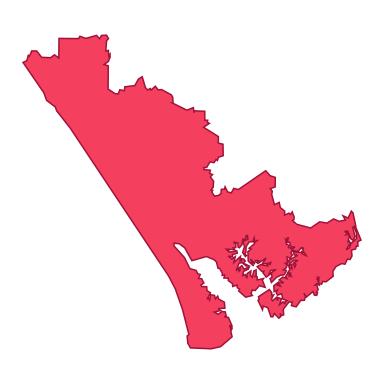 Kaipara District, Northland, New Zealand
{"feature_id": "76426892B63494088345666", "entity_name": "Kaipara District", "entity_type": "district", "adm_level": 2, "iso_a3": "NZL", "parent_name": "New Zealand", "parent_adm1": "Northland", "projection": "equal_earth", "projection_center": [174.219, -35.995], "detail": "fine", "context": "isolated", "style": "filled", "palette": "rose", "viewbox_px": 384, "rotation_deg": 0, "n_neighbors": 0, "source": "geoboundaries", "source_scale": "gbopen_adm2", "svg_char_len": 6050}
<svg xmlns="http://www.w3.org/2000/svg" viewBox="0 0 384 384"><path d="M23.0,62.4L43.8,92.7L46.6,100.4L55.3,107.0L56.7,110.9L70.0,127.8L168.6,276.0L175.4,289.1L182.5,309.5L188.9,334.5L187.1,336.0L187.8,343.2L190.4,347.9L211.2,348.8L220.5,346.7L232.1,336.8L230.8,331.1L232.1,328.5L231.8,326.3L230.6,326.4L231.6,328.0L230.9,329.4L229.8,325.8L231.9,325.6L228.4,317.4L224.3,316.7L226.2,316.1L225.3,311.9L222.0,311.5L218.1,314.3L214.4,312.1L220.5,310.5L219.0,309.6L218.8,308.6L224.9,308.2L224.4,302.2L218.7,299.1L217.7,296.1L215.4,298.8L214.5,295.3L210.7,294.8L209.6,300.1L208.5,298.0L207.0,299.2L210.5,292.8L207.0,290.6L206.7,286.7L201.7,286.6L200.9,285.1L203.9,283.0L201.6,278.7L198.5,278.5L200.3,274.5L197.8,273.8L196.1,270.4L189.9,268.6L184.5,257.6L173.9,245.8L174.1,243.2L179.3,243.8L184.7,247.8L191.9,260.7L206.4,256.5L214.1,259.7L216.5,262.1L218.0,268.3L219.6,268.4L222.3,273.1L222.2,275.4L224.7,275.1L223.9,278.0L228.3,278.2L228.3,280.6L232.4,283.6L232.8,286.5L237.1,285.1L237.3,287.8L239.6,289.1L238.7,291.0L245.7,297.2L252.4,295.5L251.0,293.5L252.4,289.9L255.2,290.6L259.3,285.7L265.2,287.4L262.4,280.1L263.5,278.5L257.2,280.0L257.1,276.7L255.0,276.4L256.2,275.6L256.1,269.9L253.9,270.9L252.1,277.3L250.4,275.2L250.9,271.0L247.1,273.6L247.0,278.2L245.2,274.5L242.8,275.6L243.5,271.4L248.3,269.2L249.3,266.7L244.1,269.2L241.9,265.7L239.8,267.1L240.1,270.1L239.0,271.3L238.3,268.2L236.0,270.9L239.1,263.2L242.2,262.7L246.2,266.1L248.2,265.5L243.1,263.0L245.3,261.0L243.9,259.1L241.3,258.7L241.5,260.9L239.9,260.9L240.5,256.4L233.8,262.6L235.3,256.6L231.9,259.0L228.1,256.1L232.5,256.8L232.5,254.6L237.3,253.2L236.8,250.9L229.3,252.1L228.7,249.9L228.0,251.0L226.2,249.2L234.6,249.6L233.2,247.9L235.8,247.5L235.9,243.7L233.3,242.2L237.8,242.8L238.0,247.0L239.3,247.8L241.9,244.9L242.8,239.1L245.0,239.9L245.9,236.7L246.6,237.6L246.6,235.5L247.5,235.5L247.9,239.3L242.9,241.3L244.5,246.5L242.6,252.4L245.4,256.6L246.4,255.5L244.6,253.5L245.9,252.5L246.1,246.7L249.2,241.9L252.8,241.7L254.2,237.8L254.9,242.0L258.3,239.9L254.6,242.4L253.8,240.1L254.4,243.8L249.1,248.2L251.2,249.0L247.9,251.6L248.2,261.1L253.6,266.0L250.5,259.0L254.4,263.5L255.3,260.7L257.5,260.4L258.9,260.9L256.6,262.3L258.0,263.5L266.2,258.0L262.3,263.7L269.7,263.3L271.0,261.6L270.3,264.4L266.5,263.8L267.6,265.9L260.6,264.7L257.1,266.7L262.1,271.7L263.8,271.3L263.1,273.0L266.3,277.1L271.1,273.5L269.2,273.8L270.7,270.5L276.0,269.5L271.4,272.7L272.0,277.3L270.0,278.6L271.4,282.5L277.3,276.6L278.1,276.7L280.6,275.2L283.5,275.0L284.6,274.3L286.4,270.4L283.4,269.8L286.4,267.8L287.1,265.1L285.3,263.3L287.4,263.5L287.1,256.9L290.0,258.3L292.4,254.9L290.7,252.5L292.3,251.4L291.6,248.5L288.5,247.5L289.5,245.4L286.5,244.4L285.6,239.5L287.2,241.1L287.4,237.8L288.3,237.8L287.2,242.6L289.6,242.2L290.9,246.8L295.1,247.1L292.5,248.3L293.4,250.7L298.0,251.4L301.5,247.6L303.9,248.1L302.0,248.5L303.5,250.4L302.5,252.4L304.6,252.7L306.2,255.7L302.1,253.7L301.8,250.7L301.5,252.5L293.5,251.9L294.3,255.1L296.3,254.8L297.1,255.7L288.5,260.3L289.3,263.7L294.0,260.4L298.1,260.6L294.0,262.6L295.9,264.3L294.8,267.1L293.6,263.8L288.9,265.0L291.6,265.8L292.1,268.9L288.7,266.1L289.8,269.6L287.7,272.6L290.7,273.2L290.2,274.6L291.1,275.5L291.3,276.1L289.8,275.0L289.3,277.1L289.1,274.2L287.4,273.9L285.7,276.4L286.8,278.6L282.9,277.0L279.1,279.9L283.7,282.8L278.8,282.5L278.6,284.7L280.0,285.2L280.5,286.2L277.2,285.1L278.2,282.4L273.8,285.7L274.1,291.6L277.4,290.0L276.2,292.4L277.4,295.2L281.6,293.8L282.9,299.1L287.0,300.6L284.6,302.2L285.2,304.1L283.1,301.8L279.5,304.7L281.6,298.7L277.9,297.6L277.5,300.8L276.8,297.1L272.5,300.8L271.5,299.0L273.6,294.9L271.8,295.7L271.7,292.6L269.4,289.5L258.5,296.7L259.1,299.3L258.0,300.4L262.5,309.8L263.2,306.1L267.8,307.7L270.9,316.8L272.9,316.8L274.3,313.5L278.9,318.2L280.8,316.5L280.1,313.2L281.0,315.6L283.7,314.9L283.3,309.3L288.9,302.0L292.2,302.1L291.4,305.6L296.1,306.9L300.8,300.4L304.4,300.3L305.5,296.7L303.9,293.1L306.5,297.0L313.0,291.5L314.3,295.1L316.7,295.4L317.5,292.9L316.3,292.6L318.2,289.4L316.8,285.1L315.1,285.1L316.6,283.6L319.2,285.1L317.4,279.1L317.9,278.7L316.2,279.4L318.1,278.5L317.5,277.2L318.9,277.3L318.7,283.6L321.5,284.2L322.9,281.4L325.9,281.9L333.2,276.3L332.9,271.3L336.1,266.4L341.7,263.6L345.0,264.2L347.4,259.1L350.1,259.5L352.0,256.0L351.5,250.1L355.6,249.0L356.2,246.3L358.0,246.1L357.7,241.7L361.0,240.1L355.6,226.9L354.3,227.1L356.5,233.3L356.5,238.7L350.9,243.4L349.6,247.7L346.8,249.5L346.5,249.2L350.3,242.7L349.0,240.8L348.2,241.9L347.9,241.9L349.3,236.7L348.1,234.1L346.2,234.7L347.8,232.9L345.3,232.1L345.1,231.3L347.8,231.2L351.0,239.0L353.1,240.3L355.0,236.6L352.8,227.2L355.8,226.1L353.0,212.9L351.3,211.1L348.1,218.0L343.0,215.8L345.4,220.1L338.9,221.3L333.7,218.9L327.0,223.1L319.7,221.8L310.7,228.0L296.8,224.3L292.4,220.5L294.0,219.6L294.1,216.8L292.2,211.9L290.4,214.5L288.9,213.1L284.6,215.1L284.7,211.1L280.3,207.6L279.2,202.4L274.4,204.6L271.7,194.3L272.3,191.3L270.3,188.6L275.2,186.9L275.3,177.4L270.1,175.7L265.7,170.7L238.4,189.5L233.7,188.4L231.3,192.9L227.6,191.9L225.1,186.8L224.4,189.2L221.3,189.3L221.0,193.3L218.9,195.3L214.4,196.1L211.8,191.8L212.7,190.4L211.1,190.0L213.2,187.2L213.6,181.3L210.4,176.9L212.5,174.5L209.6,173.4L210.4,170.2L204.1,169.6L203.8,167.6L206.7,167.4L210.1,161.8L214.0,162.7L216.1,159.5L217.4,160.5L218.4,157.3L223.2,155.7L223.0,144.2L218.3,143.1L218.4,136.6L203.6,127.3L209.4,123.4L207.4,122.3L207.7,120.2L204.8,120.2L204.8,111.3L194.0,110.8L194.1,112.9L193.4,107.6L187.0,110.2L172.1,102.9L173.1,102.7L172.7,97.2L171.3,94.8L161.7,89.6L158.1,89.8L155.3,86.2L151.0,90.1L150.2,88.5L147.7,90.0L145.4,87.5L142.2,76.7L138.4,79.1L134.8,85.6L124.8,86.8L124.4,90.6L119.8,89.8L118.3,93.8L115.3,93.8L108.1,89.1L108.3,65.8L104.0,64.5L108.3,61.6L110.1,57.2L110.0,54.3L108.8,56.2L108.4,50.4L105.8,51.0L106.6,40.6L108.5,38.7L106.6,35.2L101.5,35.4L99.7,38.8L96.5,35.4L85.8,38.4L79.9,36.3L78.6,38.6L59.0,38.4L58.8,58.0L54.5,54.8L50.6,57.7L41.7,57.3L36.7,51.0L31.7,50.9L29.5,56.1L28.3,55.3L26.8,60.7L23.0,62.4Z" fill="#f43f5e" stroke="#9f1239" stroke-width="1.5"/></svg>